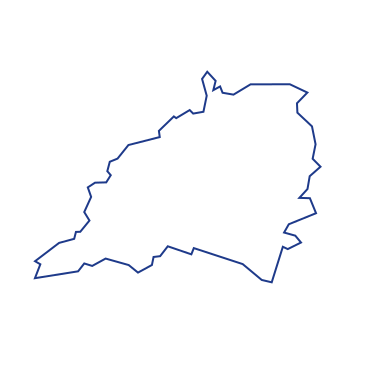 Cheshinovo - Obleshevo, Češinovo-Obleševo, North Macedonia, rotated 110°
{"feature_id": "65306769B60953626693828", "entity_name": "Cheshinovo - Obleshevo", "entity_type": "district", "adm_level": 2, "iso_a3": "MKD", "parent_name": "North Macedonia", "parent_adm1": "Češinovo-Obleševo", "projection": "equal_earth", "projection_center": [22.304, 41.875], "detail": "fine", "context": "isolated", "style": "outline", "palette": "blue", "viewbox_px": 384, "rotation_deg": 110, "n_neighbors": 0, "source": "geoboundaries", "source_scale": "gbopen_adm2", "svg_char_len": 964}
<svg xmlns="http://www.w3.org/2000/svg" viewBox="0 0 384 384"><g transform="rotate(110 192 192)"><path d="M286.2,215.2L274.3,204.7L266.2,205.9L263.2,200.0L251.3,196.2L250.8,171.3L244.1,171.1L242.4,119.7L250.8,96.4L249.6,86.2L212.4,87.9L212.9,82.5L202.2,72.3L197.7,80.0L198.6,91.6L189.2,90.0L169.5,68.2L157.5,79.1L160.8,89.1L149.7,84.5L136.9,86.8L124.3,79.9L119.5,90.0L104.9,92.2L89.3,101.7L81.4,120.1L72.7,123.7L59.1,117.6L57.3,136.9L70.8,173.8L86.3,186.3L88.3,197.2L83.2,201.7L89.0,206.8L79.5,207.8L73.8,218.8L82.3,221.2L96.5,211.1L112.7,208.7L117.9,217.7L115.8,222.2L128.0,232.1L127.2,234.9L145.9,244.0L151.4,241.1L169.6,267.8L186.1,273.4L191.7,279.6L201.4,278.7L204.0,274.1L212.3,275.9L216.4,286.3L223.3,291.5L231.1,285.1L247.7,286.4L253.9,278.6L267.6,283.4L269.2,287.4L276.3,286.7L285.3,299.5L310.7,315.8L311.8,309.8L326.7,310.1L305.5,271.9L296.0,268.8L295.6,260.5L284.1,250.4L282.3,226.5L286.2,215.2Z" fill="none" stroke="#1e3a8a" stroke-width="2"/></g></svg>